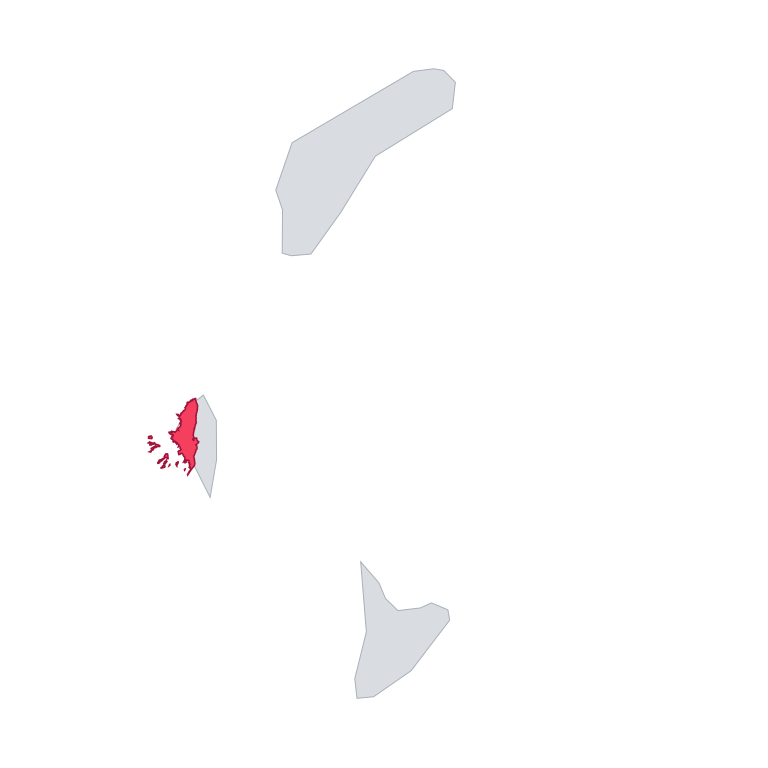 location of Nioumachioi, Moûhîlî, Comoros, rotated 55°
{"feature_id": "10938185B46959303700006", "entity_name": "Nioumachioi", "entity_type": "district", "adm_level": 2, "iso_a3": "COM", "parent_name": "Comoros", "parent_adm1": "Moûhîlî", "projection": "robinson", "projection_center": [43.69, -12.344], "detail": "fine", "context": "in_parent", "style": "filled", "palette": "rose", "viewbox_px": 768, "rotation_deg": 55, "n_neighbors": 0, "source": "geoboundaries", "source_scale": "gbopen_adm2", "svg_char_len": 6553}
<svg xmlns="http://www.w3.org/2000/svg" viewBox="0 0 768 768"><g transform="rotate(55 384 384)"><path d="M225.7,386.5L218.4,392.3L183.2,367.3L163.1,361.4L133.6,320.9L144.8,180.5L154.3,162.5L161.4,155.2L177.8,152.5L197.6,170.1L192.4,260.4L218.7,321.2L235.6,369.3L225.7,386.5ZM615.1,465.6L634.4,526.2L634.2,571.9L626.0,586.4L608.7,577.0L576.9,540.6L516.3,505.1L544.1,502.2L560.4,505.8L577.6,502.6L588.3,482.6L590.5,470.7L605.6,461.2L615.1,465.6ZM350.1,564.7L377.2,591.5L302.0,580.4L290.1,556.2L289.5,538.3L317.6,542.2L350.1,564.7Z" fill="#d9dde1" stroke="#a8b0b8" stroke-width="1"/><path d="M333.1,579.4L332.5,578.9L331.6,577.2L330.4,576.2L330.0,574.5L328.8,573.6L327.5,572.9L327.0,572.8L325.9,573.1L325.8,570.1L325.3,569.1L324.9,568.8L324.1,569.3L322.6,569.4L322.0,569.3L321.1,568.5L320.5,568.7L319.8,571.1L320.0,571.8L321.0,572.1L321.0,572.4L319.5,572.3L319.2,571.7L318.9,570.4L316.4,569.6L315.4,568.5L314.4,567.8L314.2,567.3L313.1,566.3L312.7,566.1L312.5,565.3L312.2,565.1L311.4,565.0L311.4,564.1L309.5,562.4L309.3,561.8L308.7,561.1L308.1,559.9L307.4,559.6L306.7,559.6L305.7,558.5L305.1,558.3L303.9,557.2L303.2,556.8L302.2,556.6L301.8,555.5L300.4,554.7L300.0,553.7L299.0,552.9L298.7,552.3L298.0,551.9L297.8,551.4L296.2,550.3L295.1,549.2L292.7,548.5L290.6,548.1L287.9,546.7L287.9,547.1L287.4,547.5L287.3,548.3L287.7,548.5L287.6,549.2L287.3,549.5L286.8,549.4L286.7,549.6L286.9,550.1L287.3,550.4L287.3,551.2L286.7,551.6L286.6,551.3L286.5,551.5L286.8,551.8L287.2,551.7L287.0,552.0L287.2,552.3L287.0,552.5L286.8,552.6L286.7,552.4L286.7,552.5L287.5,553.5L287.3,553.7L287.2,554.7L286.6,554.7L286.3,555.1L286.3,555.9L286.6,556.2L287.2,556.2L287.2,556.5L287.4,556.8L287.6,556.6L288.1,556.8L288.2,557.3L288.5,557.9L288.2,558.6L289.0,559.4L289.2,560.6L289.8,560.5L290.0,560.6L291.1,562.0L291.2,562.8L290.8,563.4L290.8,563.7L291.4,564.5L291.3,564.8L291.7,566.1L291.4,566.6L292.0,567.0L291.9,567.8L291.6,568.2L292.1,567.8L292.3,567.8L292.3,568.0L292.9,568.7L292.8,568.9L292.6,568.9L292.8,569.4L292.6,570.1L291.2,569.9L290.6,570.2L290.5,570.7L290.1,571.1L291.4,571.2L292.0,570.7L292.6,570.6L292.5,570.3L292.8,570.3L292.8,570.0L293.1,570.0L293.6,570.3L293.9,571.0L294.3,571.4L295.0,571.5L294.9,571.9L295.6,571.4L296.0,570.6L296.8,570.9L296.8,571.5L297.7,571.2L298.1,571.8L298.6,571.7L298.8,572.6L299.0,572.3L299.6,572.9L299.4,573.9L299.5,573.9L299.7,573.7L300.2,574.0L300.3,573.8L300.7,573.8L300.5,573.6L300.8,573.6L301.6,574.6L302.2,576.4L302.1,576.9L302.3,577.5L302.0,577.9L302.0,578.2L302.3,578.0L302.8,578.3L303.1,579.1L303.5,579.1L303.0,579.4L302.9,579.8L303.4,580.9L303.4,581.8L303.7,582.1L303.8,582.9L302.9,583.0L302.3,583.6L302.1,584.6L302.1,585.0L302.4,585.1L302.5,585.3L302.2,585.7L301.9,585.7L302.0,585.5L301.6,585.4L301.5,585.1L301.5,584.7L301.1,584.8L300.7,585.2L300.9,586.2L301.1,585.9L301.6,585.8L301.8,586.0L301.9,586.3L301.3,586.6L301.0,587.4L300.6,587.3L300.2,587.6L299.9,587.2L300.0,587.6L300.2,587.8L300.6,587.7L300.6,588.0L301.1,588.0L301.7,587.7L302.0,587.9L303.9,587.1L304.7,586.3L304.7,586.0L305.1,585.9L305.5,586.3L305.4,587.0L305.9,587.4L305.5,587.6L305.6,588.3L305.8,588.9L306.2,589.1L306.5,589.7L307.2,589.7L307.5,589.1L308.4,588.9L308.7,588.9L308.9,588.7L309.2,588.6L309.6,588.7L309.6,589.3L310.6,589.4L310.5,589.9L310.8,589.8L310.8,590.1L311.0,589.7L310.5,588.7L310.8,588.2L311.5,587.8L311.8,587.8L311.8,588.4L313.0,588.4L313.3,588.2L313.0,587.8L313.0,587.4L313.7,587.1L314.5,588.1L314.7,587.3L315.4,587.0L316.3,586.9L316.5,587.6L317.2,588.1L317.5,588.6L317.9,587.3L318.8,587.2L319.9,588.0L320.4,587.8L321.4,587.8L321.5,589.4L321.2,589.8L321.4,590.4L321.3,590.5L321.1,590.5L321.2,591.0L321.4,590.8L322.0,591.7L323.5,592.4L324.3,592.5L324.7,591.3L324.4,590.9L324.4,590.0L324.6,590.0L324.8,589.5L325.3,589.4L325.6,589.0L326.3,588.9L327.3,589.5L328.5,589.3L328.7,589.5L329.0,589.1L329.3,589.1L330.4,589.6L331.5,590.4L332.2,591.2L332.2,591.6L332.7,592.0L332.6,592.3L332.9,592.9L333.4,591.2L333.7,591.2L334.3,592.3L334.5,592.2L334.6,591.6L334.6,591.0L334.3,590.7L334.1,590.4L333.7,590.8L332.8,589.5L333.0,589.3L333.8,589.2L334.2,588.8L334.1,588.1L335.0,587.6L336.0,588.3L336.2,589.3L336.6,589.2L336.8,588.8L337.3,588.6L337.8,588.9L338.0,589.2L338.3,589.3L338.5,589.1L338.6,589.8L339.0,589.8L339.7,590.6L340.8,590.5L340.7,591.4L341.5,591.3L342.0,590.8L342.6,590.8L343.5,592.3L343.8,593.1L343.8,593.8L344.3,593.9L344.5,594.3L344.7,595.5L345.1,595.9L345.4,596.8L346.0,597.0L343.8,591.6L342.0,586.0L340.8,584.6L336.1,582.1L333.9,581.3L333.1,579.4ZM306.2,603.1L305.5,603.2L303.8,604.2L302.4,605.6L301.1,605.8L300.5,605.6L300.3,605.9L300.4,606.2L299.7,607.5L297.0,609.2L297.2,610.0L296.9,611.0L297.0,611.1L297.3,610.8L297.6,610.3L297.7,609.7L298.4,609.1L298.9,609.1L299.4,610.3L299.3,610.5L299.7,610.8L300.2,610.2L300.5,609.7L300.6,608.5L301.0,607.8L300.9,607.4L301.4,606.2L302.0,605.8L303.0,606.0L303.5,606.6L303.6,607.5L303.4,609.0L303.5,609.3L303.4,609.7L303.4,610.2L303.2,611.6L304.0,611.6L304.9,612.7L305.2,614.1L305.0,615.0L305.9,614.2L305.6,613.7L305.8,613.5L305.1,612.5L305.5,611.3L305.4,610.4L304.5,609.3L304.6,608.6L305.2,607.4L305.3,605.4L306.5,603.7L306.2,603.1ZM319.1,602.3L317.3,601.4L317.0,601.7L316.6,601.8L316.1,602.9L316.5,603.5L316.5,604.1L316.9,604.5L317.1,605.4L317.5,605.8L318.0,605.8L318.4,606.4L318.5,607.4L318.2,608.0L318.3,608.5L318.1,608.9L318.2,609.3L318.0,610.4L317.7,610.9L317.9,611.2L317.7,611.7L317.4,611.9L317.4,612.1L317.8,612.3L318.3,613.0L318.5,614.4L318.9,614.7L319.4,614.7L319.8,614.0L319.5,613.1L319.7,612.8L319.3,612.0L319.1,611.4L319.2,610.6L319.5,610.3L319.2,609.3L319.3,609.3L319.3,608.8L318.9,607.9L319.2,606.9L319.1,606.4L318.5,605.6L319.2,604.6L320.8,604.1L321.3,603.6L321.2,603.4L321.7,603.3L320.4,603.3L319.1,602.3ZM323.0,606.9L321.6,605.8L321.7,606.5L322.2,607.4L322.0,607.6L322.2,608.1L321.9,608.5L322.6,609.2L322.7,610.0L323.1,610.0L323.6,610.4L324.0,610.5L324.2,610.9L324.2,612.6L324.8,613.9L324.8,615.5L325.1,614.4L325.6,614.2L325.3,613.8L325.2,612.9L325.4,612.7L326.1,612.5L326.3,611.8L326.2,610.9L325.7,610.6L324.8,610.3L323.9,609.6L323.2,606.7L323.0,606.9ZM295.0,604.7L294.0,604.4L292.9,604.6L292.7,605.1L292.7,605.5L292.1,606.5L292.3,606.9L292.2,607.2L293.0,607.5L293.2,608.0L293.6,607.9L294.5,606.7L295.2,606.2L295.5,605.5L295.0,604.7ZM330.7,598.1L329.8,597.2L329.5,597.4L329.8,598.0L329.4,598.9L329.4,599.4L330.7,600.7L331.6,600.5L332.0,600.8L332.4,600.8L331.8,600.3L330.7,598.1ZM339.6,595.6L339.5,595.9L339.6,596.0L339.6,596.6L340.3,596.8L340.1,596.2L339.6,595.6ZM327.8,606.1L327.0,605.6L327.0,605.8L327.8,607.0L327.8,606.1Z" fill="#f43f5e" stroke="#9f1239" stroke-width="1.5"/></g></svg>